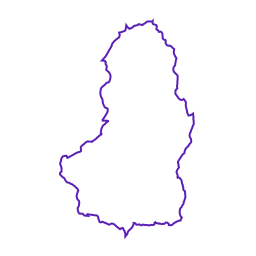 outline of Yacuambi, Zamora Chinchipe, Ecuador, rotated 4°
{"feature_id": "8360857B31068945551304", "entity_name": "Yacuambi", "entity_type": "district", "adm_level": 2, "iso_a3": "ECU", "parent_name": "Ecuador", "parent_adm1": "Zamora Chinchipe", "projection": "natural_earth1", "projection_center": [-78.966, -3.587], "detail": "fine", "context": "isolated", "style": "outline", "palette": "violet", "viewbox_px": 256, "rotation_deg": 4, "n_neighbors": 0, "source": "geoboundaries", "source_scale": "gbopen_adm2", "svg_char_len": 5812}
<svg xmlns="http://www.w3.org/2000/svg" viewBox="0 0 256 256"><g transform="rotate(4 128 128)"><path d="M145.1,19.6L144.8,20.0L144.2,20.1L140.0,20.4L139.2,20.8L138.3,21.8L137.8,22.1L137.1,22.8L136.2,23.2L135.3,24.3L135.1,24.3L134.3,24.1L133.9,24.2L132.9,23.9L131.2,23.7L130.6,24.5L130.1,24.9L129.0,25.0L127.9,25.6L127.4,25.5L126.9,25.8L126.4,26.2L125.9,27.1L125.5,27.4L125.1,27.5L124.1,28.3L123.3,28.4L123.1,28.7L122.7,28.7L122.6,28.9L122.2,28.8L121.1,28.0L119.1,25.6L119.0,27.6L118.6,30.8L118.4,31.1L114.8,32.8L112.5,33.4L113.2,35.6L113.2,36.6L112.8,38.2L111.1,39.6L109.0,41.5L108.1,42.6L106.9,44.3L106.3,45.3L106.1,46.0L105.9,47.2L105.5,48.3L103.8,51.6L102.1,55.4L100.7,58.0L99.0,60.3L97.3,62.5L98.1,62.5L100.3,62.7L100.8,63.6L101.3,63.8L101.3,64.1L101.1,65.2L101.4,66.3L102.3,67.2L102.5,67.7L102.4,68.2L102.6,68.7L102.3,69.7L102.3,70.6L102.2,71.4L102.7,71.9L103.7,72.6L104.0,73.0L104.8,73.5L105.6,74.4L106.5,75.8L107.0,77.5L106.9,80.0L106.6,81.3L106.0,83.2L105.2,83.9L104.2,84.1L103.6,84.4L101.6,86.7L99.8,88.4L98.7,89.7L98.1,91.1L98.1,92.7L97.9,94.7L98.1,96.1L98.5,97.4L99.0,98.8L100.6,101.4L100.9,103.4L101.4,105.3L102.3,107.2L103.5,109.0L104.3,109.4L105.9,109.8L106.4,110.4L106.6,112.2L106.2,113.8L105.5,115.5L105.0,116.5L104.3,117.7L103.9,118.7L102.2,121.3L102.1,121.7L102.2,122.4L102.4,122.5L102.8,122.5L103.2,122.4L106.4,122.2L107.4,122.3L107.6,122.4L107.7,122.7L105.8,124.3L105.1,125.2L103.2,127.1L102.7,127.7L101.9,129.5L101.5,131.1L101.2,133.4L101.3,135.4L101.9,135.5L102.0,135.7L102.0,135.9L101.7,136.4L101.1,136.7L98.0,139.6L97.4,140.4L95.3,142.3L93.2,143.9L92.8,144.2L92.8,144.3L91.8,144.1L90.4,144.3L88.6,144.2L88.1,144.4L87.8,144.8L87.1,145.0L85.2,147.1L83.3,148.8L82.6,149.7L82.3,150.4L82.3,151.3L82.7,153.3L82.7,154.1L82.5,154.6L82.3,154.8L78.9,156.1L76.2,157.8L75.6,158.3L73.8,159.4L70.3,161.7L69.9,161.9L69.6,162.0L69.3,161.7L69.0,160.5L68.6,160.0L68.3,160.0L66.6,160.3L64.9,160.9L64.2,162.2L63.7,163.3L63.4,164.3L63.3,166.3L62.7,167.9L63.2,169.6L63.8,170.7L64.4,172.2L64.6,174.0L64.7,176.2L63.5,177.2L63.4,177.6L63.4,179.0L65.5,181.0L66.6,181.8L67.9,182.4L69.0,184.3L70.6,186.2L71.7,186.6L73.4,186.8L74.0,187.3L75.0,187.7L76.6,188.2L77.5,188.9L79.0,189.8L80.0,190.8L81.0,191.5L82.0,192.5L82.8,193.9L82.5,194.5L82.0,196.2L81.5,198.9L81.5,199.7L81.8,200.9L82.5,202.6L83.9,203.9L84.4,204.6L84.6,206.7L84.4,208.9L84.3,209.4L84.0,210.1L83.6,210.8L83.4,211.4L83.4,211.8L83.7,213.4L83.9,214.2L84.5,215.7L84.9,216.3L85.6,216.8L86.0,216.8L87.1,216.8L87.8,216.6L88.7,216.7L89.3,217.1L90.2,218.1L90.4,218.3L92.2,218.4L94.3,218.5L93.4,217.3L93.4,216.9L93.6,216.8L95.1,217.0L96.8,217.0L97.5,217.2L98.1,217.1L100.9,217.4L103.0,217.4L103.5,217.8L104.3,218.6L104.6,220.0L105.5,222.0L106.1,223.6L107.1,224.1L107.3,224.1L108.8,223.3L109.2,223.3L110.3,223.8L113.7,224.8L114.9,225.5L115.6,225.6L116.1,225.7L118.1,224.5L118.8,224.5L119.8,224.6L120.6,224.9L127.0,229.5L127.3,229.4L127.6,229.0L128.2,228.8L128.3,228.6L128.7,228.6L129.2,228.1L129.7,228.0L130.1,228.5L130.8,229.7L131.0,230.3L131.7,230.8L132.0,232.1L132.3,232.5L132.5,233.1L132.9,233.7L132.8,235.0L132.9,236.4L134.8,233.6L135.0,231.9L135.3,231.2L137.0,229.1L138.1,228.0L139.4,226.0L140.0,224.4L140.3,223.5L140.2,222.3L141.5,222.4L142.1,222.8L142.5,223.3L142.8,223.6L143.8,223.9L144.1,223.9L145.9,223.4L146.2,223.4L147.4,224.0L147.8,224.1L148.4,224.1L149.5,223.3L150.2,223.5L154.1,223.5L155.7,223.7L158.2,223.0L159.4,223.1L159.8,222.9L160.5,222.8L160.7,222.4L161.3,221.9L161.6,221.4L161.1,220.7L161.8,220.1L162.1,220.5L162.7,220.8L164.3,220.9L164.6,221.0L165.1,221.4L166.0,221.0L168.4,221.6L169.3,221.2L170.6,221.2L172.4,219.7L173.7,219.7L174.9,220.4L175.2,220.7L175.5,221.2L175.6,222.0L177.7,222.0L178.8,221.5L179.4,221.0L180.2,219.9L183.0,218.1L184.6,217.2L186.1,216.7L186.8,216.7L187.2,215.2L187.9,213.8L187.9,213.4L187.1,212.8L186.5,212.1L185.8,210.3L185.5,209.1L185.4,205.6L185.9,204.4L187.0,203.1L187.2,202.2L188.7,199.6L188.7,197.9L189.0,197.4L189.5,195.6L189.7,194.3L190.0,193.4L190.1,192.3L189.8,191.2L189.3,187.5L188.9,186.8L188.2,186.4L187.5,185.6L187.3,184.7L187.3,183.4L187.0,182.8L186.7,182.4L186.7,181.5L186.5,180.7L185.9,180.0L185.5,178.5L185.3,177.3L184.8,176.1L184.2,175.6L183.5,174.5L182.8,174.3L181.9,173.7L181.4,173.8L181.0,174.1L180.8,173.8L180.8,171.8L180.6,171.0L179.6,168.9L179.5,167.8L180.1,166.3L181.6,163.7L181.3,162.6L180.9,162.1L180.9,160.4L180.7,159.9L180.3,159.5L180.3,158.1L180.6,157.3L184.0,151.1L184.4,150.5L186.0,149.2L186.0,147.9L186.8,145.0L187.4,144.0L188.4,143.0L189.0,142.2L189.6,141.9L190.0,140.4L191.2,138.9L191.9,137.8L192.1,137.0L191.5,134.5L190.2,132.4L190.0,131.4L190.0,130.2L190.1,129.0L190.9,127.4L191.0,126.3L191.3,125.3L191.9,123.8L192.4,121.8L193.2,119.8L193.3,119.0L193.1,118.1L193.1,117.3L193.0,116.2L192.6,115.0L192.6,113.0L192.2,110.6L192.0,110.1L191.9,109.1L190.6,110.2L189.7,110.7L187.6,111.4L186.6,109.8L186.0,108.5L185.5,106.3L184.5,103.4L184.0,101.1L184.1,98.9L183.5,97.5L181.5,95.2L181.0,95.7L179.6,96.3L179.1,96.3L177.8,95.9L177.2,95.5L176.1,94.4L173.7,91.5L173.2,91.1L172.9,90.7L172.8,87.0L173.5,86.1L174.4,85.3L174.5,85.1L174.1,83.7L174.0,82.2L174.2,80.2L174.0,78.2L174.1,76.1L174.0,73.9L173.8,72.5L173.5,71.8L171.5,70.2L169.8,68.6L169.4,67.9L169.2,66.8L169.1,65.5L169.3,64.4L169.6,63.6L170.5,62.4L170.7,61.7L170.6,60.6L170.8,59.6L171.1,56.6L171.5,55.1L171.1,54.7L170.3,53.4L169.5,52.3L169.0,51.3L168.5,50.1L168.4,49.4L168.4,48.7L168.6,46.1L167.6,45.5L165.0,43.3L164.2,43.0L163.1,43.1L161.7,43.0L161.3,42.8L160.4,42.0L159.6,40.7L159.5,40.1L159.6,38.4L159.4,37.8L159.0,37.5L157.9,37.4L157.3,37.2L156.3,36.0L156.0,32.9L155.6,31.3L155.2,30.6L154.8,30.1L154.0,29.7L153.3,29.7L152.2,30.0L151.5,28.8L151.2,28.5L150.8,28.2L149.7,27.9L149.5,27.7L149.4,26.5L149.8,24.7L148.9,23.3L146.6,22.8L145.8,22.5L145.4,22.1L145.1,21.2L145.1,19.6Z" fill="none" stroke="#5b21b6" stroke-width="2"/></g></svg>